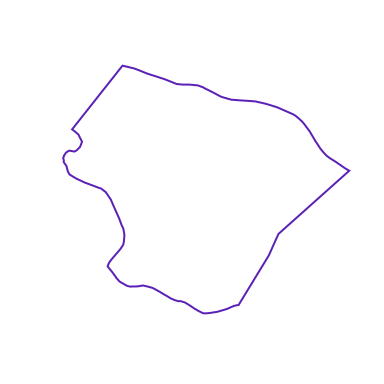 La Haut, Laborie, Saint Lucia, rotated 294°
{"feature_id": "8701671B91946398565623", "entity_name": "La Haut", "entity_type": "district", "adm_level": 2, "iso_a3": "LCA", "parent_name": "Saint Lucia", "parent_adm1": "Laborie", "projection": "mercator", "projection_center": [-61.001, 13.792], "detail": "fine", "context": "isolated", "style": "outline", "palette": "violet", "viewbox_px": 384, "rotation_deg": 294, "n_neighbors": 0, "source": "geoboundaries", "source_scale": "gbopen_adm2", "svg_char_len": 2294}
<svg xmlns="http://www.w3.org/2000/svg" viewBox="0 0 384 384"><g transform="rotate(294 192 192)"><path d="M172.8,60.2L172.4,60.5L170.6,60.5L168.7,62.1L167.7,62.5L167.1,62.7L164.8,66.6L160.1,70.4L158.7,72.3L158.2,73.0L158.1,73.7L157.2,80.4L157.1,86.1L157.0,90.0L157.6,99.4L157.8,103.8L158.2,107.6L157.8,109.2L156.8,113.3L152.0,121.0L147.9,125.4L145.4,128.2L141.7,132.3L138.6,135.8L136.8,137.6L132.7,141.6L131.2,143.5L130.8,144.0L125.2,147.8L121.1,149.2L118.7,150.0L118.2,150.1L115.8,150.6L110.8,149.8L97.4,145.8L93.7,145.0L89.7,145.2L89.4,145.7L88.6,147.3L86.7,151.1L85.9,152.6L85.7,152.9L85.5,153.3L85.3,153.7L84.9,154.2L83.8,156.3L83.5,156.7L82.8,157.7L80.8,162.1L80.4,164.8L80.4,165.2L80.1,168.1L79.9,170.2L79.9,170.6L80.0,171.9L80.4,173.9L80.7,174.5L81.3,175.7L82.7,178.7L83.7,180.8L86.7,185.3L86.9,186.5L87.6,190.0L88.3,194.7L88.2,197.2L87.7,203.2L87.2,206.9L86.5,213.6L86.4,213.9L86.1,216.7L86.2,218.3L86.2,220.1L86.7,224.0L87.6,225.7L88.2,230.3L87.9,232.8L87.5,235.7L86.8,239.9L86.4,242.1L86.3,244.1L86.0,245.4L86.0,245.7L85.9,248.4L85.7,251.2L86.2,252.6L86.5,253.4L87.6,255.6L89.6,258.9L90.5,260.2L92.6,263.5L93.0,264.0L97.7,269.6L98.4,270.4L100.0,272.1L100.7,272.7L103.0,274.8L104.6,276.3L104.9,276.4L106.5,278.7L106.9,279.1L107.1,279.4L107.6,280.5L126.1,282.9L165.5,288.0L183.5,288.0L189.0,288.1L275.4,327.0L275.8,323.2L275.8,322.9L276.7,318.0L277.6,313.3L277.8,312.2L277.9,311.9L278.4,308.5L279.0,304.1L279.1,303.6L280.0,299.9L280.6,298.6L281.5,296.3L283.7,291.9L286.4,287.7L288.7,284.0L289.8,282.5L292.3,279.0L293.6,277.1L294.1,276.4L295.2,275.0L296.1,273.3L299.6,267.1L300.4,265.5L301.3,263.6L302.5,259.9L303.7,255.9L304.0,253.6L304.1,252.4L304.0,235.1L303.3,229.2L302.7,224.1L302.2,221.5L301.7,218.8L301.1,216.0L300.6,213.3L297.9,205.7L295.1,198.2L292.3,190.3L291.2,182.5L290.9,179.9L291.0,177.5L291.2,174.8L291.6,169.2L291.9,161.4L292.1,159.7L292.1,159.3L292.0,158.0L291.8,154.2L289.1,146.0L288.8,145.3L286.3,139.7L285.5,137.3L284.4,134.0L284.2,128.0L283.9,121.0L283.3,115.4L282.9,111.3L282.3,106.3L281.9,102.0L281.9,101.2L281.7,94.9L281.4,89.3L280.1,82.0L279.1,77.1L200.5,57.0L200.1,58.5L199.5,61.0L198.3,64.9L196.0,67.6L193.2,71.1L187.7,71.4L183.1,69.7L181.1,68.1L180.2,64.3L179.9,63.1L178.0,61.6L176.6,60.9L172.8,60.2Z" fill="none" stroke="#5b21b6" stroke-width="2"/></g></svg>